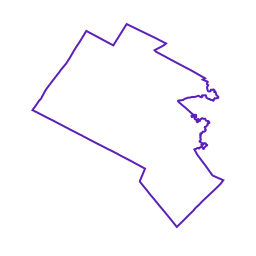 outline of Crevenicu, Teleorman, Romania, rotated 84°
{"feature_id": "2599482B13344453744319", "entity_name": "Crevenicu", "entity_type": "district", "adm_level": 2, "iso_a3": "ROU", "parent_name": "Romania", "parent_adm1": "Teleorman", "projection": "natural_earth1", "projection_center": [25.564, 44.229], "detail": "fine", "context": "isolated", "style": "outline", "palette": "violet", "viewbox_px": 256, "rotation_deg": 84, "n_neighbors": 0, "source": "geoboundaries", "source_scale": "gbopen_adm2", "svg_char_len": 5268}
<svg xmlns="http://www.w3.org/2000/svg" viewBox="0 0 256 256"><g transform="rotate(84 128 128)"><path d="M100.2,221.1L100.4,220.7L101.7,218.9L102.4,217.6L104.4,214.7L105.6,212.8L109.2,207.4L112.1,202.8L113.7,200.3L114.2,199.6L122.4,187.3L123.2,186.2L125.6,182.4L128.8,177.7L129.3,176.8L130.4,175.0L130.8,174.3L131.4,173.7L132.0,172.8L133.5,170.4L134.5,169.0L140.0,160.7L142.4,156.9L147.7,148.9L148.2,147.9L151.1,143.5L151.8,142.4L152.0,142.1L154.8,138.1L160.2,129.9L170.2,115.3L181.5,121.5L182.6,121.8L187.6,118.6L191.6,115.9L194.3,114.3L196.2,113.1L196.5,112.9L200.0,110.5L210.0,103.9L215.6,100.1L231.5,89.8L227.1,84.2L221.0,76.7L216.6,71.1L216.2,70.9L214.9,69.5L214.1,68.6L212.0,65.6L208.9,62.1L198.2,48.0L193.2,41.7L189.9,38.7L184.3,48.5L183.6,49.2L175.9,53.5L161.6,62.0L156.2,64.2L155.9,63.5L155.9,63.1L155.8,62.2L155.7,62.0L155.4,61.6L155.3,61.3L155.1,60.5L155.2,60.2L155.6,59.9L155.8,59.7L155.8,59.4L155.7,59.2L155.1,58.8L155.0,58.6L154.6,57.8L154.4,57.1L154.3,56.7L154.5,56.3L154.7,56.2L155.6,55.9L156.0,55.7L156.5,55.3L156.7,55.2L156.7,54.8L156.4,54.6L155.7,54.4L155.3,54.2L154.9,53.4L154.6,52.9L154.2,52.5L153.7,51.5L153.4,51.1L153.2,51.1L153.0,51.5L152.9,51.6L152.1,51.9L151.9,52.1L152.0,52.5L151.9,52.7L151.4,52.7L151.3,52.8L151.2,52.9L151.0,53.9L151.0,54.0L151.3,54.5L151.7,54.9L152.0,55.0L152.3,55.0L152.5,55.2L152.6,55.4L152.7,56.1L152.7,56.7L152.6,56.8L152.4,56.8L151.7,56.4L151.3,55.8L151.2,55.6L150.9,55.7L150.7,56.0L149.6,57.2L149.6,57.3L149.6,57.6L149.1,58.1L148.7,58.1L148.3,58.0L147.7,57.1L147.4,56.9L147.0,56.8L146.5,56.8L145.9,57.0L145.0,57.2L144.8,57.1L144.5,56.7L144.4,56.7L144.1,56.7L143.4,56.9L143.0,57.0L142.7,56.9L142.6,56.3L142.5,56.2L142.3,56.2L142.0,56.5L141.8,56.6L141.4,56.6L141.1,56.6L141.0,56.4L141.5,56.1L141.6,55.9L141.1,55.4L141.0,55.1L140.8,55.0L140.5,54.7L139.9,54.3L139.6,54.2L139.5,53.8L139.7,53.1L139.7,52.7L139.6,52.4L139.4,52.0L139.1,51.5L138.7,51.3L138.1,51.4L137.9,51.4L137.9,50.9L137.7,50.9L137.4,51.0L136.9,51.2L136.2,51.2L135.4,51.6L135.2,51.6L135.0,51.4L135.1,51.1L135.0,50.8L134.8,50.5L134.6,50.0L134.3,49.7L134.1,49.6L133.7,49.2L133.5,48.6L133.4,48.5L132.0,48.4L131.7,48.3L131.5,48.2L131.6,47.6L131.7,47.1L131.6,46.8L131.5,46.6L131.2,46.5L130.6,46.7L129.9,47.1L129.6,47.3L129.5,47.5L129.4,47.6L129.4,48.1L129.2,48.7L129.1,49.1L128.9,49.4L128.7,49.6L128.3,49.9L127.3,50.1L126.9,50.3L126.8,50.6L126.8,51.1L126.8,51.7L126.5,52.3L126.1,52.8L126.0,53.2L126.1,53.4L126.5,53.7L126.6,53.8L126.8,54.9L126.9,55.2L127.2,55.4L128.1,55.6L128.4,55.7L128.5,55.8L128.5,56.5L129.4,58.2L129.5,58.3L129.4,58.6L129.0,58.9L128.9,59.0L128.5,59.0L128.3,58.9L128.3,58.7L128.5,57.9L128.4,57.6L127.9,57.4L127.3,57.2L126.8,57.2L126.5,57.3L126.4,57.4L126.4,57.5L126.5,57.7L127.4,57.9L127.5,58.1L126.9,58.6L126.8,58.8L126.7,59.1L126.6,60.0L126.3,60.5L126.1,60.6L125.4,60.8L125.1,60.8L124.7,60.6L124.5,60.0L124.5,59.4L124.4,59.2L124.2,59.1L122.8,58.9L122.2,59.0L121.8,60.1L121.8,60.5L121.8,60.8L123.3,61.1L123.5,61.3L123.6,61.5L123.6,62.1L123.7,62.9L123.7,63.3L123.2,63.6L122.9,63.6L122.7,63.6L122.5,63.4L122.4,63.1L122.3,62.7L122.2,62.6L121.4,62.3L121.1,62.2L121.0,62.3L119.8,63.4L116.6,66.3L113.2,69.3L111.3,71.3L109.9,72.6L107.5,74.8L106.6,75.4L106.4,75.4L106.2,75.3L106.0,75.0L105.9,74.4L105.9,73.8L106.0,73.0L105.9,70.5L105.8,70.1L105.6,69.8L104.9,68.6L104.8,67.9L104.7,67.6L104.5,66.6L104.3,66.0L104.2,65.5L104.1,65.0L104.1,64.6L104.3,63.3L104.2,63.0L103.8,61.1L103.9,60.5L104.0,59.9L104.1,58.9L104.0,58.2L103.9,57.8L103.9,57.0L103.4,55.1L103.4,54.4L103.4,54.2L103.5,54.1L103.9,53.8L104.1,53.5L104.9,52.4L105.0,52.1L105.0,51.6L104.9,51.1L104.8,50.9L104.6,50.8L104.4,50.8L104.0,51.0L103.7,51.1L103.4,51.0L103.3,50.9L103.3,50.7L103.5,49.1L103.5,48.2L103.5,47.6L103.6,47.3L103.8,47.1L104.7,47.0L105.1,46.8L105.8,46.9L106.3,46.7L106.5,46.5L107.6,44.6L107.7,44.1L107.8,43.6L108.4,43.2L108.7,42.8L108.8,42.5L108.8,41.7L109.0,41.3L109.5,40.8L109.7,40.6L109.8,40.2L109.7,40.0L109.5,39.9L108.8,39.9L108.7,39.9L107.9,39.0L107.5,38.6L107.5,38.3L107.8,38.0L107.8,37.8L107.5,36.8L107.7,36.4L107.7,35.9L107.6,35.5L107.1,35.1L106.7,34.9L106.5,35.0L106.1,35.3L105.6,35.6L105.3,35.8L104.7,36.5L104.4,36.7L104.1,36.8L102.4,36.9L101.5,37.2L101.6,37.5L101.5,38.0L101.4,38.4L101.3,38.5L101.1,38.5L100.7,38.4L100.0,38.0L99.7,38.0L99.1,38.3L98.9,38.5L98.6,38.9L98.6,39.1L98.9,39.6L98.9,39.9L98.9,40.2L98.6,41.1L98.6,41.3L98.6,41.5L99.1,41.7L99.5,42.0L99.9,42.0L100.0,42.1L100.1,42.3L100.1,43.6L99.8,44.4L99.6,44.6L99.4,44.7L98.4,44.9L98.1,45.0L97.4,45.0L96.6,45.2L96.2,45.2L95.2,45.0L94.8,44.4L93.9,43.8L93.6,43.8L93.3,44.0L93.2,44.2L93.1,44.5L92.7,44.8L91.8,44.8L91.4,44.6L91.0,44.4L90.6,43.9L90.4,43.9L90.1,44.2L89.7,44.9L88.7,47.0L88.2,47.8L87.7,48.6L86.6,46.2L77.0,59.6L73.3,65.2L68.3,72.7L55.9,90.9L55.2,92.0L54.8,92.4L53.4,93.4L50.4,85.8L49.5,83.9L48.5,82.1L47.9,81.3L46.6,83.4L42.1,90.2L24.5,118.5L33.1,125.2L44.3,134.0L27.1,159.3L36.6,166.5L42.5,171.4L44.5,172.9L45.3,173.6L45.8,173.9L52.2,178.6L57.6,182.9L58.2,183.6L60.8,186.2L61.9,187.3L63.7,189.2L65.3,190.5L66.9,192.1L69.0,194.1L74.2,199.1L76.0,200.7L80.1,204.6L81.3,205.6L84.4,207.9L85.0,208.3L85.9,208.8L88.2,210.5L88.4,210.6L88.8,210.7L89.5,211.2L90.2,212.0L90.5,212.2L90.6,212.3L91.1,213.2L91.7,213.7L95.9,217.2L98.9,220.0L100.2,221.1Z" fill="none" stroke="#5b21b6" stroke-width="2"/></g></svg>